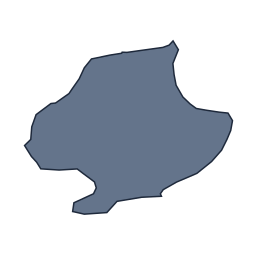 Vårgårda, Västra Götaland, Sweden, rotated 174°
{"feature_id": "70781695B65797043519152", "entity_name": "Vårgårda", "entity_type": "district", "adm_level": 2, "iso_a3": "SWE", "parent_name": "Sweden", "parent_adm1": "Västra Götaland", "projection": "robinson", "projection_center": [12.81, 58.003], "detail": "fine", "context": "isolated", "style": "filled", "palette": "slate", "viewbox_px": 256, "rotation_deg": 174, "n_neighbors": 0, "source": "geoboundaries", "source_scale": "gbopen_adm2", "svg_char_len": 801}
<svg xmlns="http://www.w3.org/2000/svg" viewBox="0 0 256 256"><g transform="rotate(174 128 128)"><path d="M202.1,160.4L218.0,150.9L223.6,139.2L225.9,126.8L232.7,121.4L227.0,109.7L222.4,103.5L219.0,96.5L200.9,93.4L182.8,92.6L177.1,87.2L167.0,77.9L165.8,71.7L169.2,66.2L189.6,59.3L191.8,50.7L190.2,50.2L180.5,46.9L157.9,46.1L146.6,56.2L121.7,57.7L101.9,56.6L102.7,59.2L99.4,63.0L85.5,69.1L64.2,75.7L48.4,85.9L37.3,96.1L30.8,106.3L26.1,114.8L23.3,124.4L27.0,132.4L35.9,134.3L47.9,137.4L58.1,140.3L63.7,145.4L70.2,153.1L75.7,165.5L76.6,176.3L76.6,187.5L69.7,200.6L74.1,209.9L78.5,206.1L84.9,204.5L109.6,203.7L121.1,203.3L125.9,204.0L126.5,203.0L138.2,202.4L157.1,200.5L165.1,192.5L171.4,182.0L179.5,172.7L183.1,168.4L197.5,160.4L202.1,160.4Z" fill="#64748b" stroke="#1e293b" stroke-width="1.5"/></g></svg>